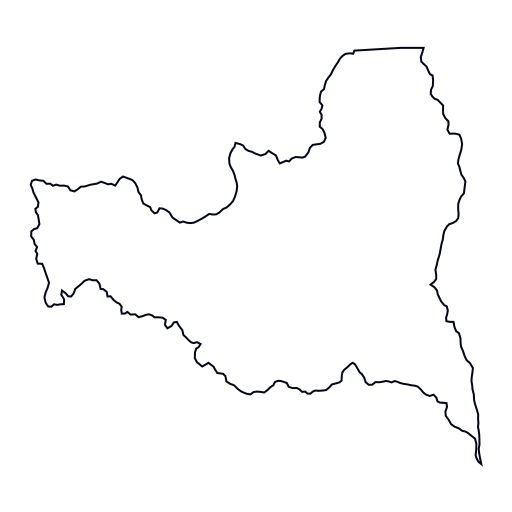 the district of Monte Azul, Minas Gerais, Brazil
{"feature_id": "56859067B54677813263990", "entity_name": "Monte Azul", "entity_type": "district", "adm_level": 2, "iso_a3": "BRA", "parent_name": "Brazil", "parent_adm1": "Minas Gerais", "projection": "equal_earth", "projection_center": [-42.986, -15.214], "detail": "fine", "context": "isolated", "style": "outline", "palette": "ink", "viewbox_px": 512, "rotation_deg": 0, "n_neighbors": 0, "source": "geoboundaries", "source_scale": "gbopen_adm2", "svg_char_len": 5327}
<svg xmlns="http://www.w3.org/2000/svg" viewBox="0 0 512 512"><path d="M302.0,391.8L305.2,391.6L307.5,393.6L310.4,393.7L312.8,391.6L315.3,390.5L318.5,390.8L322.1,390.6L326.0,390.1L329.0,387.7L331.9,384.5L336.5,383.2L339.4,382.4L341.6,380.6L341.7,376.9L342.3,372.6L344.2,369.8L347.1,367.5L350.1,364.5L352.6,362.8L355.0,364.3L357.3,368.2L359.6,372.2L362.0,374.3L364.2,377.8L365.7,382.2L368.8,384.8L372.2,384.7L375.4,382.1L379.4,382.2L382.7,381.7L385.9,381.0L388.5,381.4L391.4,382.4L394.8,381.0L398.1,382.1L400.5,383.1L403.4,383.8L407.3,384.4L411.5,385.3L414.9,385.7L417.8,386.6L420.6,389.2L423.3,392.5L425.8,394.5L429.6,396.0L433.5,394.7L436.3,397.5L437.5,401.4L440.0,402.6L443.2,402.8L446.5,403.1L447.0,407.0L445.4,411.6L445.8,415.9L449.0,420.4L451.2,424.3L454.7,426.7L458.9,428.4L462.2,430.8L465.3,431.5L467.7,432.8L471.2,435.6L475.0,438.6L476.4,443.9L476.2,449.9L475.6,455.1L476.6,458.4L478.5,461.8L481.3,464.1L480.2,458.8L479.2,453.6L478.7,448.6L479.5,444.7L479.4,438.8L479.2,434.5L478.7,430.6L478.0,427.1L478.4,423.2L478.1,418.5L478.2,414.3L476.6,409.0L475.1,404.2L474.1,400.1L473.8,394.4L472.5,389.4L472.2,385.5L471.5,381.0L471.7,377.4L472.3,373.4L472.9,368.0L470.1,363.3L466.5,360.0L464.6,356.0L463.0,351.1L461.1,346.8L460.6,343.5L460.5,338.4L459.0,333.2L456.2,331.2L454.5,327.2L453.5,321.9L450.0,321.9L446.4,321.2L446.1,317.7L447.2,314.1L447.8,310.4L446.8,306.4L444.2,305.1L441.1,301.3L439.1,297.2L437.7,294.2L437.0,290.5L434.4,287.2L430.5,284.6L434.0,282.0L436.2,279.0L436.2,274.6L435.4,269.9L436.8,264.8L437.7,260.4L438.9,256.7L439.8,253.5L440.5,249.5L441.5,244.1L442.8,239.4L443.3,235.6L444.2,231.3L446.9,226.6L449.2,224.2L452.6,223.1L456.0,221.1L458.2,218.2L458.6,214.2L458.2,209.5L458.2,204.0L459.4,200.1L461.2,196.4L463.9,193.4L464.7,186.9L465.4,181.5L463.8,178.1L461.5,174.8L460.4,171.1L459.4,167.0L457.9,163.4L458.4,159.6L459.4,155.9L460.4,152.7L461.5,148.8L462.1,143.8L461.1,138.6L459.4,134.7L455.6,133.7L452.8,133.6L449.6,133.7L447.4,129.7L448.5,125.0L448.4,121.3L445.5,118.3L443.3,114.4L443.0,110.6L443.1,105.5L440.4,102.7L437.6,99.8L434.6,98.8L432.5,96.7L430.7,93.8L431.1,89.5L432.8,86.2L433.1,80.4L432.6,75.5L429.9,74.1L428.3,70.8L426.5,66.5L423.4,63.7L421.3,61.5L420.8,57.2L422.4,52.2L423.6,47.9L400.0,47.9L354.4,50.6L353.2,53.7L349.7,53.3L345.5,53.9L342.3,56.1L340.1,58.5L338.1,62.0L335.5,65.8L332.7,70.6L330.7,74.7L328.7,77.1L326.1,81.0L324.9,84.9L324.0,89.0L320.9,91.8L319.8,96.8L319.6,102.0L322.4,105.4L321.6,108.8L319.8,111.8L321.6,114.8L321.6,118.7L319.9,122.2L319.7,126.7L322.5,129.0L324.5,132.9L325.7,138.0L323.8,141.9L320.4,143.8L316.7,144.3L312.7,144.9L309.9,147.9L308.3,152.5L305.1,156.6L302.5,157.6L299.3,157.3L295.7,157.0L291.6,158.6L289.1,161.4L286.2,160.7L282.4,162.3L279.8,163.4L277.9,160.3L276.0,155.5L271.8,152.9L268.6,150.8L265.5,154.0L260.8,155.5L255.6,153.7L251.9,151.8L248.5,150.9L245.4,149.0L243.2,145.6L240.3,144.2L235.5,142.9L234.5,146.9L232.6,149.2L230.5,153.1L229.1,158.1L229.4,163.5L230.8,167.2L233.0,170.9L234.5,174.9L235.5,178.9L236.6,182.2L237.2,186.3L236.6,191.2L234.8,197.1L233.0,201.1L230.1,204.4L226.8,207.3L222.8,209.2L219.3,212.6L216.1,214.4L212.9,214.5L209.1,214.0L204.8,216.9L201.4,218.9L197.6,220.9L193.8,222.7L190.3,223.1L187.2,222.8L183.0,221.5L179.9,222.6L176.5,220.3L172.5,217.6L169.4,212.4L165.9,210.0L162.7,208.6L159.5,208.3L157.3,212.5L154.6,213.3L151.5,210.5L150.2,207.2L147.1,205.6L143.4,203.6L141.8,199.8L140.9,195.3L138.4,191.9L137.4,187.3L135.0,182.8L132.3,180.0L127.9,178.3L123.0,176.5L119.6,178.9L117.5,182.2L115.2,185.6L111.3,183.8L108.1,184.3L104.7,183.0L101.1,181.7L97.0,183.6L92.8,184.3L89.4,185.0L85.1,186.4L80.9,186.7L78.1,189.0L74.4,191.4L70.4,190.3L67.9,186.5L64.2,185.6L59.8,185.7L56.1,184.6L53.0,185.8L50.3,183.7L46.5,183.8L43.4,180.8L39.2,180.4L35.5,179.5L32.0,180.8L30.7,184.7L32.3,188.5L33.5,192.5L36.1,197.7L38.5,202.5L37.8,206.9L35.4,208.8L35.8,212.1L37.9,215.0L38.6,219.0L39.4,224.1L37.1,228.3L34.2,228.9L31.3,231.5L31.2,236.5L33.8,239.8L34.6,243.9L37.1,247.1L35.5,250.9L37.3,253.8L36.2,258.8L37.7,263.6L42.2,263.8L44.1,268.3L45.5,272.7L47.2,277.4L49.0,282.7L47.7,287.6L45.6,292.6L44.4,297.4L45.7,302.8L48.2,306.5L51.4,306.7L54.0,304.3L57.1,304.9L60.4,304.3L63.9,304.1L64.1,299.3L61.3,294.8L62.0,290.5L65.8,293.4L68.2,296.3L71.1,296.5L73.5,293.6L75.3,288.9L79.0,285.9L81.6,283.7L84.5,280.8L89.1,279.2L92.9,280.3L96.5,280.2L99.4,283.7L100.6,288.9L103.3,289.2L106.7,291.8L107.5,296.5L110.6,296.3L113.5,299.9L116.5,302.3L119.5,303.8L121.7,306.7L121.2,310.1L121.8,313.6L124.9,313.6L127.3,311.9L130.6,314.6L135.2,314.3L138.5,317.1L142.5,316.2L145.6,314.9L148.9,314.3L152.1,315.4L154.6,317.3L158.5,317.3L162.6,317.7L165.8,319.9L164.9,324.8L167.4,328.3L171.5,326.0L174.0,322.3L176.8,321.9L179.2,326.1L182.3,330.1L183.4,334.9L186.3,337.7L189.2,340.7L191.3,342.4L193.8,343.1L197.0,342.2L200.6,344.0L198.6,347.1L196.2,348.7L195.0,352.4L194.8,358.2L196.8,362.0L199.1,363.9L202.2,366.5L205.6,364.6L208.4,362.8L210.9,364.7L213.6,366.7L215.2,369.8L217.3,373.0L220.2,373.4L223.0,373.8L225.4,376.1L226.4,381.4L230.1,383.8L234.1,385.3L237.8,389.0L241.0,391.3L243.5,392.5L246.8,393.8L250.5,394.4L253.6,392.0L256.9,391.6L260.7,391.9L264.3,392.5L267.4,390.1L270.7,386.9L273.3,385.3L275.0,381.9L278.3,380.8L280.9,381.0L283.5,381.8L286.8,383.0L288.7,386.8L292.5,388.1L296.7,388.0L299.4,389.3L302.0,391.8Z" fill="none" stroke="#020617" stroke-width="2"/></svg>